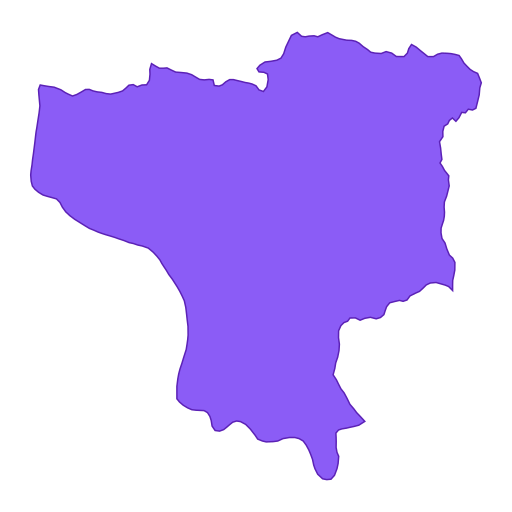 Campos Gerais, Minas Gerais, Brazil (Robinson projection)
{"feature_id": "56859067B26263873821946", "entity_name": "Campos Gerais", "entity_type": "district", "adm_level": 2, "iso_a3": "BRA", "parent_name": "Brazil", "parent_adm1": "Minas Gerais", "projection": "robinson", "projection_center": [-45.751, -21.29], "detail": "fine", "context": "isolated", "style": "filled", "palette": "violet", "viewbox_px": 512, "rotation_deg": 0, "n_neighbors": 0, "source": "geoboundaries", "source_scale": "gbopen_adm2", "svg_char_len": 4088}
<svg xmlns="http://www.w3.org/2000/svg" viewBox="0 0 512 512"><path d="M176.9,398.8L179.5,402.0L183.2,405.2L187.5,407.8L191.8,409.7L196.1,410.2L204.1,410.6L207.5,412.6L209.9,416.4L211.2,420.5L212.1,426.1L215.1,430.5L219.6,431.1L223.7,429.6L226.7,427.2L229.7,424.6L232.7,422.2L236.6,421.0L240.5,421.6L245.7,424.4L250.2,428.9L255.1,435.2L257.7,439.1L262.4,441.0L266.2,441.9L273.3,441.6L277.8,441.0L283.0,438.6L289.4,437.5L294.9,437.5L299.1,438.6L303.2,441.0L306.2,445.1L308.8,449.9L310.5,453.9L312.5,459.3L313.7,465.0L315.0,468.8L317.7,474.2L322.6,478.8L326.7,479.6L331.0,479.2L334.5,475.3L337.0,468.6L338.1,463.5L338.7,456.3L337.0,452.4L336.1,447.4L336.2,441.6L336.1,437.5L335.9,433.1L338.5,430.0L341.8,428.9L346.5,428.1L350.4,427.2L353.8,426.5L358.8,425.2L364.8,421.4L360.5,416.7L356.6,412.6L353.7,408.7L349.9,404.3L347.1,398.5L344.1,392.9L340.9,388.8L338.6,384.3L336.4,379.8L333.1,374.8L334.8,368.5L335.7,362.9L337.7,357.1L339.0,350.6L339.4,344.2L338.5,337.7L338.6,330.8L340.9,325.6L343.9,322.6L347.6,321.2L350.0,318.0L355.4,317.9L360.1,320.2L364.8,318.3L370.4,317.3L376.2,318.8L380.5,317.5L383.9,314.6L385.2,310.6L386.6,306.7L389.7,302.8L394.7,301.5L399.5,300.4L403.1,301.3L407.0,300.0L410.0,295.9L415.6,293.1L419.5,291.4L423.1,288.1L426.3,284.9L430.3,283.0L436.1,282.5L441.4,284.0L445.2,285.1L448.6,286.5L452.6,290.5L452.6,284.9L452.7,280.4L453.7,275.9L454.8,270.1L454.9,262.4L452.7,258.1L449.4,255.1L446.8,248.9L445.0,243.0L442.0,238.5L441.0,232.8L441.1,228.1L442.3,224.3L443.6,220.4L444.3,216.3L444.5,212.2L444.1,207.1L444.4,201.9L446.6,196.2L447.9,191.1L449.2,185.9L448.4,179.9L448.8,175.8L444.5,170.4L442.3,166.3L440.0,163.0L441.9,159.4L441.2,154.0L440.6,148.0L439.5,141.7L442.9,136.7L442.8,131.4L444.1,126.2L447.7,123.9L449.4,120.4L452.4,118.0L455.9,121.3L458.9,117.8L461.7,112.4L465.4,112.8L468.3,109.2L472.5,110.0L475.9,108.3L477.6,101.5L479.2,94.9L479.8,87.8L481.3,82.8L479.4,77.8L477.6,73.4L473.5,71.6L470.1,69.4L467.0,66.3L463.9,63.0L461.5,58.9L459.1,55.5L455.0,54.4L450.9,53.6L447.1,53.3L441.9,53.1L437.6,54.2L433.5,56.6L427.8,56.6L423.5,53.1L420.0,50.3L416.2,47.1L411.5,44.5L408.8,48.6L407.4,53.1L404.0,56.6L396.3,56.5L391.7,53.1L386.1,51.6L381.2,53.5L374.9,53.1L370.7,52.2L367.6,49.6L363.1,46.6L359.2,43.2L355.7,41.3L351.7,40.4L346.7,40.2L343.2,39.5L339.2,38.7L335.5,37.2L332.2,35.2L327.7,32.6L322.3,34.7L317.8,36.8L314.1,35.8L309.0,36.1L305.3,36.8L301.6,36.3L297.3,32.4L291.4,35.4L288.7,41.0L285.8,47.1L283.7,53.7L281.0,58.1L276.9,60.2L270.9,61.3L265.0,62.0L259.9,65.2L257.0,68.6L259.0,71.9L263.9,72.3L267.5,74.0L268.2,79.6L266.9,86.9L263.4,91.5L259.0,89.9L256.0,85.8L252.1,84.0L248.7,83.1L245.1,82.5L241.3,81.5L237.0,80.5L233.4,79.6L229.7,79.6L225.8,81.8L222.4,84.8L219.1,86.1L214.3,85.5L213.0,79.9L209.1,79.4L204.3,79.9L199.6,79.4L195.5,77.0L191.7,74.7L186.9,73.1L181.0,72.5L175.7,72.1L171.2,70.0L167.0,67.9L163.6,68.2L159.4,68.2L155.6,66.1L151.5,63.6L149.8,69.4L150.0,74.2L149.4,80.3L146.6,84.8L141.9,85.0L137.2,86.8L133.2,84.6L128.9,85.2L126.0,88.0L122.6,90.9L118.3,92.4L114.7,93.2L110.6,94.1L106.1,93.6L101.8,92.4L97.3,91.9L93.0,90.9L89.3,89.4L85.5,89.5L81.3,92.0L76.8,94.5L72.5,96.0L68.4,94.2L65.2,92.6L60.9,89.8L54.2,87.2L48.8,86.5L44.5,85.8L40.2,85.0L38.5,89.5L38.9,95.0L39.4,100.4L39.9,105.9L39.1,112.9L37.8,121.2L36.8,127.8L36.1,131.8L35.6,135.9L34.9,142.1L34.1,148.4L33.5,153.2L32.6,159.4L32.0,165.0L31.1,170.6L30.7,175.0L31.2,181.2L32.4,186.0L34.9,189.2L38.7,192.4L43.0,195.0L47.2,196.3L52.0,197.6L56.5,198.9L60.0,202.5L62.4,207.2L65.8,211.9L69.9,215.7L74.7,219.3L80.3,222.8L85.1,225.8L89.4,228.4L93.9,230.2L97.9,232.0L101.8,233.4L105.8,234.7L110.6,236.1L115.1,237.5L118.4,238.7L123.9,240.5L129.1,242.6L133.3,243.5L137.7,245.0L142.3,246.0L148.3,248.1L153.3,252.3L157.1,256.4L159.9,259.9L161.8,263.4L164.0,266.8L166.2,270.1L168.8,274.5L172.4,279.3L174.7,282.9L177.2,286.8L179.8,291.3L182.1,295.9L184.3,300.7L185.8,307.4L186.6,314.2L187.2,319.8L188.0,326.3L188.1,335.1L187.7,339.6L187.1,343.9L186.2,349.6L183.8,357.1L181.9,363.4L180.0,369.0L178.7,374.0L177.8,379.0L176.9,386.3L176.9,393.8L176.9,398.8Z" fill="#8b5cf6" stroke="#5b21b6" stroke-width="1.5"/></svg>